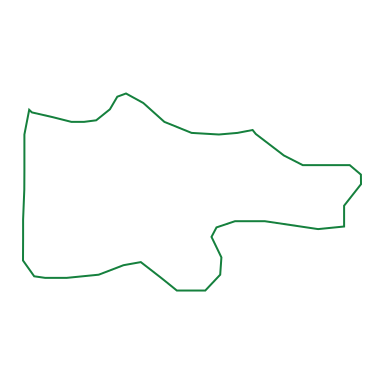 Glasgow, Robinson projection
{"feature_id": "GBR-2004", "entity_name": "Glasgow", "entity_type": "Unitary District (city)", "adm_level": 1, "iso_a3": "GBR", "parent_name": "United Kingdom", "parent_adm1": "", "projection": "robinson", "projection_center": [-4.241, 55.85], "detail": "fine", "context": "isolated", "style": "outline", "palette": "green", "viewbox_px": 384, "rotation_deg": 0, "n_neighbors": 0, "source": "natural_earth", "source_scale": "10m", "svg_char_len": 706}
<svg xmlns="http://www.w3.org/2000/svg" viewBox="0 0 384 384"><path d="M24.4,171.4L24.4,164.4L24.4,134.5L29.2,109.8L31.9,112.4L52.9,117.2L71.5,121.9L83.8,121.9L96.2,120.3L109.9,109.3L117.3,96.7L126.0,93.5L143.3,103.0L164.4,121.9L191.6,132.9L218.9,134.5L237.5,132.9L252.6,130.0L255.8,134.0L283.9,155.5L302.7,165.1L329.0,165.1L349.7,165.1L360.9,174.6L361.0,184.2L344.1,205.7L344.1,226.5L318.1,229.1L264.8,221.2L235.0,221.2L216.5,227.4L211.5,236.9L221.4,257.4L220.2,274.7L205.3,290.5L176.8,290.5L163.2,279.5L160.3,277.2L140.8,262.1L123.5,265.2L98.7,274.7L66.4,277.9L45.4,277.9L34.2,276.3L23.0,260.5L23.1,238.6L23.1,236.9L23.1,219.6L24.3,189.6L24.4,171.4Z" fill="none" stroke="#15803d" stroke-width="2"/></svg>